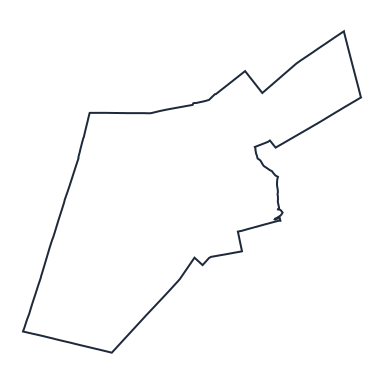 Valcelele, Buzau, Romania
{"feature_id": "2599482B18709155203204", "entity_name": "Valcelele", "entity_type": "district", "adm_level": 2, "iso_a3": "ROU", "parent_name": "Romania", "parent_adm1": "Buzau", "projection": "mercator", "projection_center": [27.37, 45.349], "detail": "fine", "context": "isolated", "style": "outline", "palette": "slate", "viewbox_px": 384, "rotation_deg": 0, "n_neighbors": 0, "source": "geoboundaries", "source_scale": "gbopen_adm2", "svg_char_len": 2780}
<svg xmlns="http://www.w3.org/2000/svg" viewBox="0 0 384 384"><path d="M209.2,257.8L209.7,257.6L210.5,257.2L210.9,256.9L211.0,256.9L211.3,256.8L212.1,256.7L220.5,255.2L226.9,254.1L235.0,252.6L241.8,251.4L242.0,251.3L240.4,243.7L237.9,231.6L241.8,230.8L246.7,229.4L266.0,224.1L278.0,220.9L278.9,220.7L279.2,220.7L279.9,220.8L280.4,220.8L280.4,220.6L280.3,220.3L280.1,219.5L279.9,218.6L279.7,217.9L278.7,218.2L277.8,218.4L276.4,219.0L275.7,219.2L275.1,219.4L274.7,219.3L274.8,219.1L275.2,218.6L277.1,217.8L278.2,217.0L279.6,216.2L280.6,215.5L281.3,214.7L282.2,213.3L282.6,212.6L280.9,210.4L279.6,209.5L278.0,209.5L277.9,209.3L278.3,208.8L278.9,208.5L279.1,208.0L277.8,201.8L278.0,198.4L277.8,195.6L277.5,194.4L277.9,192.4L277.8,190.4L277.7,189.5L277.0,185.2L277.0,183.2L277.3,179.1L278.0,176.9L275.3,175.4L273.1,172.8L272.0,171.2L269.8,170.1L265.6,167.2L264.3,166.4L263.2,165.3L260.4,160.5L259.1,159.5L257.6,158.5L256.9,155.7L256.1,153.6L255.5,150.2L255.4,148.3L254.8,147.0L267.9,141.9L269.9,140.5L275.6,147.6L281.2,144.4L318.7,122.7L329.8,116.0L337.4,111.4L338.5,110.8L345.4,106.6L347.7,105.3L348.2,105.0L350.9,103.4L354.3,101.4L359.4,98.4L361.0,97.5L360.7,96.6L360.2,94.6L358.7,88.7L356.0,78.4L352.3,64.3L348.7,50.4L348.2,48.5L347.5,45.7L345.0,35.9L344.4,33.6L344.0,31.9L343.9,31.3L334.0,37.9L328.9,41.4L318.5,48.4L312.9,52.3L300.5,60.6L296.3,63.6L262.3,93.0L248.3,75.2L245.1,71.1L215.9,94.1L214.9,94.2L209.7,99.2L209.3,99.7L208.6,100.0L204.9,101.1L196.2,103.0L194.4,103.0L193.8,103.1L193.3,103.3L192.6,104.9L191.0,105.2L172.6,108.5L167.2,109.5L160.4,110.9L151.3,113.1L149.5,113.3L142.7,113.1L125.4,113.1L115.9,113.0L108.3,112.9L105.5,112.9L104.5,112.9L103.6,112.9L103.4,112.9L103.1,112.9L102.0,112.9L101.1,112.8L99.5,112.9L91.1,112.9L90.0,112.9L89.7,112.9L89.6,113.0L89.5,113.4L89.2,114.7L88.6,117.0L87.4,122.2L86.5,125.6L86.1,127.5L85.1,131.5L83.8,137.2L83.2,138.4L82.8,140.1L82.3,141.8L81.4,145.3L81.1,146.6L80.7,148.0L79.9,151.4L79.6,152.7L79.1,154.4L78.6,156.4L78.5,156.8L78.5,157.0L78.4,157.8L78.4,158.0L78.5,158.3L78.2,159.2L77.9,160.1L77.2,162.2L76.4,164.6L69.2,186.9L67.5,191.9L64.7,199.9L64.2,202.2L62.8,206.6L61.9,209.5L61.3,211.3L60.1,215.1L58.4,220.4L54.9,231.9L53.0,237.9L52.5,238.9L51.4,242.2L50.1,246.3L49.5,248.2L45.6,261.4L42.4,272.1L41.3,275.6L41.0,276.6L40.7,278.1L38.5,284.5L35.4,294.2L32.2,303.9L31.0,307.8L30.0,311.2L29.2,313.9L27.3,318.8L26.3,321.8L24.5,327.4L23.0,331.5L33.8,334.0L35.3,334.3L41.9,335.8L46.0,336.8L49.2,337.6L51.9,338.2L56.0,339.3L59.8,340.2L64.0,341.2L67.0,341.9L70.5,342.7L73.6,343.5L79.3,344.9L84.4,346.1L90.3,347.5L93.6,348.3L97.4,349.2L98.8,349.5L100.8,350.0L106.6,351.4L109.8,352.2L111.8,352.7L146.1,315.4L166.8,293.4L177.9,281.3L179.9,279.0L194.5,257.7L202.6,265.1L209.2,257.8Z" fill="none" stroke="#1e293b" stroke-width="2"/></svg>